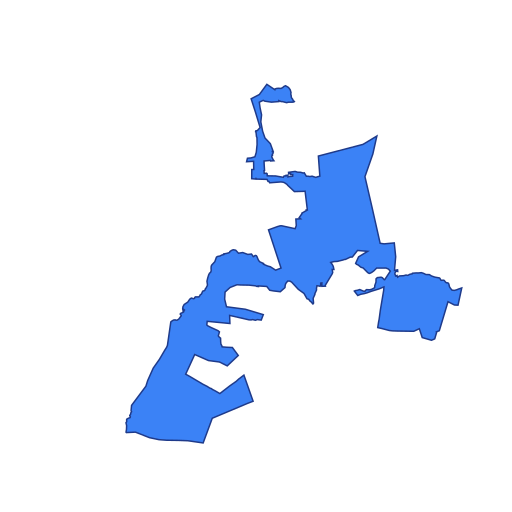 outline of Ocotlán de Morelos, Oaxaca, Mexico, rotated 340°
{"feature_id": "50627088B26863114972707", "entity_name": "Ocotlán de Morelos", "entity_type": "district", "adm_level": 2, "iso_a3": "MEX", "parent_name": "Mexico", "parent_adm1": "Oaxaca", "projection": "mercator", "projection_center": [-96.695, 16.785], "detail": "fine", "context": "isolated", "style": "filled", "palette": "blue", "viewbox_px": 512, "rotation_deg": 340, "n_neighbors": 0, "source": "geoboundaries", "source_scale": "gbopen_adm2", "svg_char_len": 6135}
<svg xmlns="http://www.w3.org/2000/svg" viewBox="0 0 512 512"><g transform="rotate(340 256 256)"><path d="M191.4,349.4L205.3,343.4L202.5,333.9L197.2,331.7L193.1,329.8L193.2,328.6L192.9,326.7L193.5,324.4L194.6,321.1L193.3,318.8L193.3,318.1L195.7,314.8L194.8,313.2L189.5,308.0L186.7,305.0L186.2,303.9L187.8,300.7L208.4,310.5L210.9,302.8L227.6,313.6L229.6,314.4L231.1,314.6L233.5,316.2L235.5,316.2L239.0,318.0L242.8,313.6L227.8,302.4L210.9,293.6L211.8,285.8L214.6,279.3L220.9,276.7L228.3,276.5L231.7,278.0L239.5,281.0L245.4,283.9L246.3,284.8L247.8,285.5L247.9,284.9L255.7,288.3L257.2,292.9L260.5,294.8L266.6,297.9L272.4,295.6L273.3,293.7L274.4,292.2L275.5,291.4L277.3,290.4L279.3,291.2L280.6,292.8L284.3,301.7L288.3,307.6L289.3,313.6L290.7,314.7L291.3,316.8L292.2,318.2L293.0,320.5L293.4,320.5L294.0,319.9L295.1,315.7L295.6,314.9L298.2,312.3L298.2,311.8L301.3,308.6L301.7,307.2L303.1,304.8L304.9,305.7L305.9,306.4L306.5,305.9L306.9,305.3L307.5,303.6L308.7,303.8L307.5,307.0L310.9,308.1L311.0,307.3L321.4,298.9L322.4,297.8L323.0,294.7L324.6,295.3L325.0,292.6L325.0,291.6L324.7,289.7L324.0,287.6L327.3,287.9L330.6,288.9L336.4,289.5L337.8,289.5L338.9,289.8L344.1,289.3L346.2,289.9L353.3,285.5L362.5,289.8L352.1,291.9L347.1,297.0L347.6,298.1L349.0,299.5L350.7,302.4L352.6,303.9L355.3,309.8L356.4,311.1L357.5,311.2L359.1,311.0L361.6,310.3L365.2,308.6L374.1,311.8L376.0,313.6L377.0,316.2L368.8,322.3L368.4,322.1L367.3,319.6L366.3,318.7L362.6,317.8L361.0,318.5L359.8,321.6L357.5,324.4L356.9,325.9L356.4,326.4L353.9,326.8L352.8,326.8L351.2,326.6L348.4,325.4L347.1,325.8L346.3,326.4L345.1,325.9L342.0,323.0L339.6,322.9L337.5,322.5L336.4,322.6L338.1,327.9L341.4,327.8L345.0,328.4L347.9,328.6L352.3,328.6L360.4,329.0L365.6,328.8L364.3,331.8L354.5,349.1L350.0,357.7L348.7,359.8L345.9,364.9L349.6,367.3L355.8,371.6L358.6,373.0L363.0,374.8L378.5,380.7L384.6,380.2L384.3,389.5L392.1,395.2L395.6,395.0L399.5,389.7L399.5,389.0L402.7,388.9L420.8,364.6L425.7,369.9L429.0,371.3L438.4,356.4L435.1,356.3L433.1,356.4L430.7,356.2L428.6,355.2L428.1,354.1L427.4,351.8L427.3,351.1L427.6,348.4L427.5,347.5L427.1,346.9L425.7,346.2L425.2,345.4L424.5,343.3L423.8,342.8L421.7,342.2L421.4,341.5L421.2,339.9L420.8,339.3L416.8,337.0L414.0,334.7L412.6,332.8L409.3,331.5L407.5,329.6L405.7,328.2L402.5,327.4L400.8,326.7L397.1,325.7L396.6,326.2L395.0,325.9L393.8,325.8L392.7,326.1L391.7,326.0L390.5,325.2L388.0,325.0L384.0,323.8L382.0,324.3L382.1,323.9L381.4,323.1L381.7,322.7L381.3,322.7L380.4,322.5L380.6,321.8L380.4,321.4L380.3,320.4L380.8,319.5L381.2,319.1L382.0,318.4L382.8,318.4L383.9,319.0L384.3,317.4L381.2,316.9L387.0,304.5L390.4,291.0L380.5,288.4L377.0,286.5L381.6,250.6L385.5,218.7L400.7,200.1L410.6,184.6L394.7,187.7L348.8,183.4L343.3,202.8L341.1,202.6L339.1,202.6L335.9,200.1L335.2,200.1L333.5,199.6L332.2,198.8L330.6,198.3L329.8,194.3L328.7,194.2L326.6,192.6L323.8,191.5L321.7,189.9L315.2,188.5L314.8,189.9L316.7,190.4L316.4,191.3L318.4,192.0L317.7,193.6L314.4,192.7L313.1,192.6L313.6,190.9L311.7,190.5L311.6,191.0L309.8,190.4L309.1,190.9L308.6,191.4L301.8,187.5L294.0,184.5L294.6,182.5L294.2,181.8L292.0,181.2L292.7,178.5L293.3,178.5L295.4,171.4L296.1,169.5L302.2,171.1L302.2,171.7L305.4,172.6L305.0,171.2L304.7,168.2L305.2,167.3L305.9,167.1L306.1,166.7L306.0,166.1L307.1,165.3L307.3,165.0L307.6,164.4L307.5,164.0L307.0,163.5L307.1,163.3L307.9,163.6L307.9,155.4L304.8,148.2L304.9,141.1L306.4,131.6L309.5,125.3L310.5,118.2L311.7,112.6L316.0,112.2L317.2,113.5L323.1,116.7L330.3,118.7L330.6,117.8L332.4,119.5L333.9,120.1L337.2,122.4L339.2,122.6L342.8,123.9L344.3,124.2L344.9,123.9L344.2,122.9L344.0,121.0L343.6,119.9L343.5,118.9L344.0,116.9L344.0,115.8L344.8,114.4L345.0,111.6L344.6,109.9L344.0,108.5L342.0,106.1L340.4,106.2L338.8,106.8L337.0,107.1L336.4,106.9L334.3,106.0L332.7,105.6L331.1,105.5L330.6,106.2L324.9,98.4L314.4,105.4L305.2,106.6L304.7,120.4L303.8,136.7L300.1,138.6L298.7,138.3L298.1,139.1L298.4,139.5L297.3,143.9L297.4,145.1L295.1,151.7L291.7,158.7L288.9,162.4L284.7,162.1L281.4,161.2L279.4,164.2L286.1,166.2L283.5,173.9L281.6,173.3L278.4,181.9L282.2,183.7L282.7,182.4L282.3,183.7L292.6,187.8L292.8,190.0L293.6,190.3L293.9,191.9L304.7,194.9L306.5,195.8L307.7,196.7L309.6,199.3L310.0,200.5L314.1,208.6L322.5,211.4L324.3,211.9L320.0,230.3L319.0,229.9L318.9,230.5L313.8,231.4L313.6,232.0L309.7,234.7L310.6,236.3L306.1,234.9L304.2,241.3L302.1,243.7L290.5,236.4L289.0,235.9L286.3,235.7L276.7,235.7L275.4,275.9L269.6,276.0L265.8,271.0L263.5,269.4L260.3,266.4L260.0,265.7L260.4,265.5L257.7,262.9L257.2,261.9L256.8,260.2L256.7,256.8L256.4,255.8L255.5,255.2L254.9,255.3L253.5,255.8L253.1,255.5L253.0,254.5L252.4,252.6L248.8,251.7L244.7,248.2L240.5,247.4L238.9,243.6L236.9,242.4L235.8,242.3L234.4,242.5L232.9,242.9L232.6,243.4L231.8,243.7L229.1,243.5L226.4,243.0L226.3,243.6L224.0,243.4L222.2,243.7L219.9,243.3L219.0,243.4L218.4,243.6L215.3,247.3L211.2,249.4L210.4,250.3L209.6,252.1L208.9,254.4L207.9,255.7L206.4,256.3L205.1,257.5L203.2,260.0L201.3,262.9L200.5,266.6L199.9,267.4L198.0,269.1L197.2,269.5L196.7,270.3L195.7,270.9L194.2,270.8L193.8,270.9L191.7,273.1L190.3,273.4L189.8,274.0L188.3,274.9L185.0,273.7L184.3,274.0L183.8,274.7L182.8,274.8L180.8,273.4L179.0,273.9L176.1,276.0L171.9,277.0L170.0,278.7L169.0,280.6L168.9,281.4L169.6,281.1L170.3,282.3L169.0,283.0L169.3,283.2L168.9,283.8L168.1,284.0L165.3,284.2L164.9,285.0L165.2,285.6L165.4,286.3L165.3,286.6L161.8,288.9L160.0,289.3L159.2,289.1L158.5,288.7L158.3,288.4L156.7,288.0L155.2,288.2L153.4,288.8L142.2,309.7L140.7,311.3L138.2,313.2L130.0,320.0L121.1,326.2L111.7,335.9L108.0,340.7L88.0,353.8L85.7,358.6L85.7,359.3L85.8,359.8L84.8,360.5L83.9,362.0L82.9,362.5L82.7,363.0L82.9,363.7L82.9,364.2L82.7,364.5L82.4,364.8L80.6,364.8L78.8,365.1L78.5,365.4L77.8,367.5L76.8,368.2L76.4,371.2L75.0,374.6L73.6,377.1L73.8,377.6L82.5,380.3L93.8,390.3L102.0,395.4L108.9,398.5L120.2,402.8L128.8,406.3L142.4,413.6L159.4,393.5L197.5,391.6L203.6,391.5L203.9,363.8L197.7,365.7L194.6,367.0L187.2,369.0L175.0,372.9L171.2,368.4L169.4,366.5L168.8,365.4L167.4,364.3L165.5,361.8L162.3,358.4L152.3,346.2L149.5,343.0L164.7,327.6L175.6,338.0L185.4,343.1L191.4,349.4Z" fill="#3b82f6" stroke="#1e3a8a" stroke-width="1.5"/></g></svg>